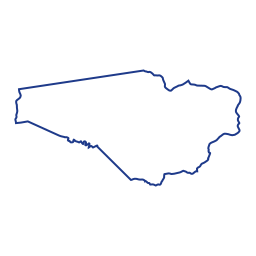 La Trinidad, Comayagua, Honduras (Mercator projection)
{"feature_id": "27666195B66687640419438", "entity_name": "La Trinidad", "entity_type": "district", "adm_level": 2, "iso_a3": "HND", "parent_name": "Honduras", "parent_adm1": "Comayagua", "projection": "mercator", "projection_center": [-87.659, 14.702], "detail": "fine", "context": "isolated", "style": "outline", "palette": "blue", "viewbox_px": 256, "rotation_deg": 0, "n_neighbors": 0, "source": "geoboundaries", "source_scale": "gbopen_adm2", "svg_char_len": 5720}
<svg xmlns="http://www.w3.org/2000/svg" viewBox="0 0 256 256"><path d="M197.2,171.3L197.0,169.1L197.0,168.6L197.1,168.4L198.2,167.4L199.1,167.0L199.6,166.7L199.8,166.5L200.2,166.1L200.9,164.8L201.7,163.8L202.1,163.6L203.9,162.8L205.4,161.9L206.2,161.3L207.1,160.7L207.5,160.4L207.7,160.2L208.2,159.4L208.3,158.9L208.3,158.7L208.1,158.5L208.1,158.3L208.7,157.1L209.9,154.0L210.1,153.3L210.1,153.1L209.8,152.8L209.5,152.7L209.3,152.7L209.1,152.6L208.9,152.4L208.8,151.9L208.6,151.3L208.5,151.0L208.7,150.1L208.7,149.6L208.6,149.2L208.4,148.7L208.3,148.2L208.4,147.7L208.5,147.1L208.9,145.9L209.5,144.1L209.7,143.9L210.0,143.6L210.6,143.1L211.5,142.6L214.6,141.3L215.5,140.8L216.1,140.5L216.8,140.0L217.5,139.2L218.8,137.8L219.4,137.1L219.6,136.8L220.4,136.4L223.0,134.4L223.5,134.1L224.0,133.9L224.4,133.8L224.8,133.7L226.1,133.8L228.4,134.2L230.2,134.8L231.6,135.1L232.3,135.2L233.3,135.0L234.1,134.9L234.9,134.7L237.4,133.2L237.8,132.9L238.6,132.2L239.0,131.7L239.3,131.3L239.5,130.9L239.5,130.6L239.5,130.2L239.4,129.8L238.9,128.8L237.9,126.8L237.8,126.4L237.7,126.0L237.8,125.4L238.1,124.6L238.4,124.2L239.1,123.5L239.3,123.1L239.2,122.8L239.1,122.5L238.5,121.6L238.1,120.7L237.9,120.2L237.9,119.7L237.9,119.0L238.1,118.2L239.0,116.8L239.1,116.6L239.0,116.4L238.9,116.0L238.7,115.6L237.7,114.4L237.1,113.7L236.7,113.1L236.2,112.4L236.1,112.1L236.0,111.7L235.9,111.2L235.9,110.7L236.0,109.9L236.2,109.2L236.9,107.5L237.6,106.3L237.7,106.1L237.7,105.7L237.8,105.5L238.3,104.7L239.1,103.7L239.5,103.1L239.7,102.6L240.0,102.1L240.2,101.2L240.4,100.4L240.6,98.3L240.5,97.1L240.3,96.6L239.9,95.8L239.4,95.1L239.2,94.4L238.9,93.6L238.6,93.3L237.6,92.2L236.6,91.5L236.1,91.3L234.9,90.7L233.4,90.0L230.7,89.1L229.7,88.7L228.8,88.1L227.9,87.5L227.3,87.2L226.7,87.1L224.9,87.1L223.8,87.0L223.4,86.9L222.9,86.7L222.4,86.4L221.2,86.0L220.8,85.9L220.3,86.0L219.7,86.1L216.0,87.4L215.7,87.6L214.9,88.1L212.2,89.3L211.8,89.4L211.3,89.3L210.7,89.1L209.9,88.7L206.0,86.3L205.5,86.1L205.0,85.9L204.6,85.8L201.9,85.7L198.4,85.6L197.7,85.6L197.2,85.5L196.5,85.4L195.5,84.9L194.2,84.6L193.1,84.5L191.4,84.4L191.0,84.3L190.5,84.1L190.2,83.7L189.5,82.7L188.4,80.7L185.5,82.8L182.8,84.5L181.8,84.9L180.8,85.2L180.1,85.4L179.0,85.5L178.2,85.8L177.6,86.2L174.5,87.7L173.8,88.1L173.3,88.5L172.0,89.8L171.0,90.6L170.9,90.7L170.5,90.7L169.9,90.6L169.4,90.5L169.0,90.3L167.7,89.4L166.0,88.1L165.4,87.5L165.1,87.1L164.9,86.7L164.9,86.3L164.9,85.6L165.0,84.7L165.0,84.1L164.7,83.3L163.3,80.2L163.0,79.2L162.8,78.2L162.7,77.8L162.5,77.5L162.1,77.1L161.0,76.1L160.5,75.8L160.1,75.6L159.7,75.4L159.3,75.4L158.5,75.4L157.5,75.5L155.5,75.3L154.7,75.4L154.1,75.3L153.8,75.1L153.4,74.5L152.8,74.0L152.6,73.7L151.1,72.5L150.4,72.1L150.1,72.0L149.5,71.9L149.1,71.9L148.4,72.1L148.1,72.1L147.7,72.0L147.1,71.8L146.4,71.5L145.5,71.4L144.6,71.1L144.3,70.9L143.6,70.5L19.0,89.2L19.1,90.5L19.4,92.1L20.4,94.3L20.6,95.1L20.7,95.4L20.7,95.8L20.6,96.1L20.3,97.1L20.2,97.3L20.0,97.6L19.5,98.2L18.7,98.8L17.8,99.5L16.9,100.2L16.4,100.8L16.3,101.0L16.2,101.2L16.2,101.9L16.2,102.6L16.5,104.0L16.8,104.7L16.8,104.9L16.9,106.5L16.9,107.4L17.2,110.0L17.3,110.9L17.2,111.8L17.0,112.7L16.6,114.0L16.4,114.5L16.3,114.9L16.3,115.5L16.4,116.2L16.5,116.5L16.5,117.1L16.4,117.4L16.2,117.9L15.6,118.8L15.4,119.2L15.4,119.4L15.4,119.9L15.7,121.0L15.9,122.1L16.0,123.1L20.9,122.6L27.8,121.4L58.5,135.3L59.2,135.6L60.5,136.1L61.6,136.4L64.3,137.0L65.0,137.3L65.7,137.2L66.3,137.2L66.9,137.3L67.6,137.6L68.3,138.0L68.4,138.4L68.4,138.7L68.0,139.5L67.9,140.1L68.1,140.5L68.4,140.7L68.6,140.9L68.9,140.9L69.4,140.9L69.6,141.0L69.8,141.3L70.0,141.6L70.1,141.8L70.4,142.0L70.8,142.3L71.3,142.3L72.1,142.3L72.7,142.2L73.0,142.0L73.2,141.8L73.3,141.6L73.3,140.9L73.6,140.0L73.7,139.8L73.8,139.7L74.2,139.9L74.5,140.2L74.8,140.4L75.0,140.8L75.2,141.0L76.6,141.5L78.0,141.9L78.5,142.2L78.8,142.3L79.1,142.4L79.5,142.3L79.7,142.1L80.2,141.7L80.7,141.4L80.9,141.3L81.1,141.4L81.5,142.2L82.2,143.2L82.5,143.6L82.8,143.9L83.1,144.0L83.2,143.9L83.3,143.8L83.5,143.5L83.6,143.1L83.6,142.6L83.7,142.3L83.8,142.0L83.9,141.7L84.1,141.5L84.3,141.4L84.6,141.4L84.9,141.4L85.3,141.6L85.6,141.9L85.9,142.3L86.0,142.8L86.0,143.2L85.3,144.9L85.4,145.1L85.5,145.2L85.9,145.3L86.5,145.2L86.8,145.0L87.7,144.3L88.9,143.5L89.0,143.4L89.3,143.6L89.4,143.8L89.5,144.0L89.4,144.6L89.1,146.2L88.8,146.9L88.7,147.3L88.7,147.5L89.5,147.0L90.2,146.3L90.4,146.1L90.6,146.1L91.1,146.0L91.6,146.2L92.3,146.8L92.5,147.0L92.8,147.4L93.1,147.4L93.3,147.4L93.8,147.1L96.6,145.7L96.9,145.6L97.2,145.6L97.3,145.8L97.4,146.0L97.4,146.3L97.2,146.5L130.9,179.9L131.6,179.8L133.3,179.1L134.5,178.8L135.8,178.8L136.7,178.9L138.6,179.4L140.1,179.6L141.5,179.5L142.4,179.5L143.0,179.6L144.2,180.2L144.7,180.7L144.8,180.9L144.9,180.7L145.7,181.1L146.5,181.7L147.0,182.1L147.4,182.6L147.5,182.7L148.2,183.0L148.9,183.0L149.3,183.1L149.5,183.3L149.9,184.1L150.2,184.5L150.8,184.5L152.6,184.4L153.4,184.5L153.8,184.6L154.6,185.0L155.6,185.4L155.8,185.5L156.4,185.2L157.3,184.7L157.9,184.5L158.2,184.4L158.5,184.5L159.0,184.6L159.4,184.7L159.6,184.7L160.1,184.6L160.5,184.3L160.8,183.8L161.1,183.1L161.4,182.3L161.6,181.7L162.1,181.1L162.4,180.7L162.6,180.2L162.8,179.8L163.6,178.6L163.9,178.0L164.2,177.1L164.1,176.5L164.2,175.4L164.3,174.6L164.4,174.2L164.6,174.1L168.5,173.4L169.7,173.5L170.1,173.6L170.9,173.9L171.6,174.0L172.7,173.9L174.3,173.7L179.9,172.4L180.9,172.0L182.4,171.2L183.0,170.9L183.3,170.8L183.9,171.0L185.2,171.4L186.2,171.8L187.1,172.5L187.6,172.7L188.1,172.8L188.6,172.8L188.8,172.8L189.3,172.7L189.6,172.8L190.1,173.0L190.6,173.4L191.0,173.6L191.5,173.8L192.1,173.8L192.5,173.7L193.0,173.5L194.8,172.0L195.9,171.3L196.1,171.3L196.4,171.2L196.8,171.3L197.2,171.3Z" fill="none" stroke="#1e3a8a" stroke-width="2"/></svg>